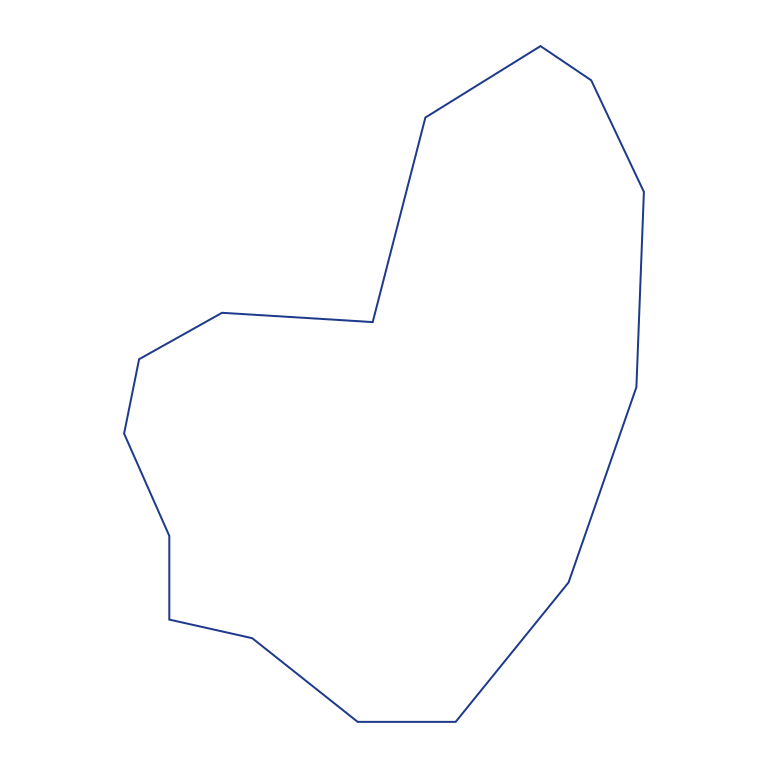 an SVG outline of Marsa
{"feature_id": "MLT-5957", "entity_name": "Marsa", "entity_type": "state/province", "adm_level": 1, "iso_a3": "MLT", "parent_name": "Malta", "parent_adm1": "", "projection": "albers", "projection_center": [14.49, 35.874], "detail": "fine", "context": "isolated", "style": "outline", "palette": "blue", "viewbox_px": 768, "rotation_deg": 0, "n_neighbors": 0, "source": "natural_earth", "source_scale": "10m", "svg_char_len": 317}
<svg xmlns="http://www.w3.org/2000/svg" viewBox="0 0 768 768"><path d="M124.1,433.6L139.1,359.2L222.0,312.8L372.7,322.1L425.4,117.5L540.5,46.1L591.2,80.3L643.9,191.9L636.4,387.1L568.6,582.4L455.6,721.9L357.7,721.9L252.2,638.2L169.3,619.6L169.3,535.9L124.1,433.6Z" fill="none" stroke="#1e3a8a" stroke-width="2"/></svg>